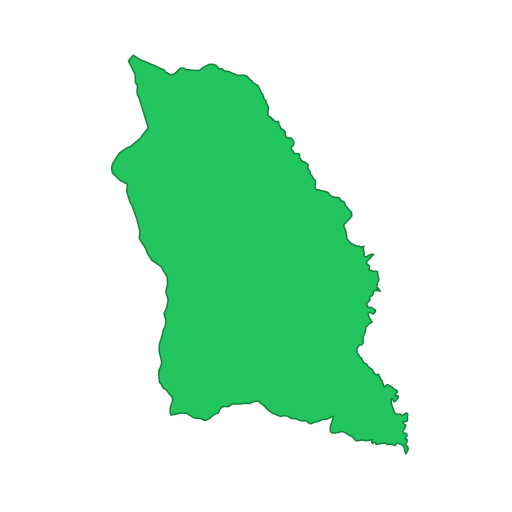 the district of Talmaciu, Sibiu, Romania, rotated 84°
{"feature_id": "2599482B75206169001308", "entity_name": "Talmaciu", "entity_type": "district", "adm_level": 2, "iso_a3": "ROU", "parent_name": "Romania", "parent_adm1": "Sibiu", "projection": "mercator", "projection_center": [23.935, 45.563], "detail": "fine", "context": "isolated", "style": "filled", "palette": "green", "viewbox_px": 512, "rotation_deg": 84, "n_neighbors": 0, "source": "geoboundaries", "source_scale": "gbopen_adm2", "svg_char_len": 6104}
<svg xmlns="http://www.w3.org/2000/svg" viewBox="0 0 512 512"><g transform="rotate(84 256 256)"><path d="M333.6,147.5L333.5,148.2L332.0,148.3L329.9,149.4L326.1,150.6L324.9,150.3L324.2,149.5L324.0,148.8L324.1,148.0L324.6,147.1L325.8,146.0L326.0,145.1L324.1,143.3L322.2,142.7L320.2,145.6L319.1,146.6L319.2,148.6L318.9,149.6L315.1,151.3L311.9,147.3L308.8,147.5L308.2,146.9L307.8,145.1L306.7,143.7L305.5,143.2L304.1,143.2L303.1,142.3L302.7,141.2L303.1,139.0L301.8,139.3L301.4,139.0L304.1,136.6L304.0,136.2L300.4,138.1L299.0,139.5L297.6,138.7L295.2,137.9L293.2,136.6L291.8,136.2L289.2,136.7L284.1,136.9L283.6,138.1L283.5,140.9L282.5,143.0L281.9,145.0L280.9,145.0L278.6,144.3L277.7,144.3L275.6,146.3L273.8,147.1L269.6,142.1L267.8,140.4L267.0,138.9L266.7,138.9L266.5,139.2L266.4,140.1L267.1,144.1L268.6,146.7L268.1,147.7L266.8,148.6L264.5,148.0L259.9,148.7L257.7,147.6L257.6,148.0L258.4,149.6L258.4,150.2L256.8,152.8L256.9,154.3L254.4,158.7L251.8,161.6L248.6,163.5L247.6,164.0L246.1,163.8L240.3,164.1L237.7,164.8L236.0,165.6L234.1,165.2L233.2,164.6L231.9,162.6L226.0,156.3L223.8,156.9L223.4,156.4L222.5,156.3L220.0,158.6L216.8,160.4L215.1,162.2L213.3,161.9L211.9,162.5L210.9,163.3L210.0,165.3L206.8,167.1L206.3,168.5L205.8,171.6L204.2,175.1L203.2,176.1L200.7,177.5L199.9,178.5L198.5,181.9L197.4,185.5L197.2,185.5L196.8,186.4L196.5,189.0L196.0,189.5L192.4,190.2L190.4,189.3L187.4,188.9L184.5,191.2L182.4,191.7L180.3,193.5L177.5,193.4L175.4,194.7L174.3,195.1L172.3,195.0L171.7,194.5L170.2,194.8L169.3,196.2L167.7,197.5L167.4,198.6L165.6,201.0L161.9,202.4L160.1,202.0L159.2,202.5L158.6,203.2L158.0,207.0L156.8,207.9L155.5,208.1L154.4,209.4L152.5,209.6L150.3,208.7L150.0,207.4L149.3,206.8L145.9,206.5L144.8,207.3L143.6,207.6L142.2,209.0L142.5,210.1L141.6,211.3L141.3,212.9L140.9,213.6L138.6,214.2L135.8,214.0L135.3,214.6L134.6,214.7L133.3,215.8L131.7,217.9L129.6,218.4L128.7,219.1L126.9,219.6L125.6,219.3L124.6,219.7L124.4,220.4L124.6,221.7L124.0,223.1L123.2,224.0L122.9,224.7L122.6,224.9L121.8,224.4L121.4,225.8L119.9,226.5L119.0,227.3L119.1,227.9L118.8,228.2L117.6,229.1L115.0,229.2L114.2,229.5L112.2,228.5L110.1,228.0L109.2,228.1L104.6,229.8L102.8,229.9L100.3,231.6L95.4,232.6L94.9,233.4L89.0,235.3L86.8,236.2L83.2,240.8L80.9,242.3L78.6,244.8L77.1,245.4L75.9,246.5L74.6,250.4L74.6,255.0L72.3,259.0L71.4,261.2L69.9,263.3L69.2,265.3L69.2,266.4L68.3,268.8L67.4,269.2L66.2,270.2L66.0,272.8L65.3,273.7L62.3,275.7L61.3,277.5L60.9,278.8L60.4,282.1L62.8,288.5L65.1,292.3L65.6,293.7L64.3,301.5L63.2,306.1L61.7,308.1L61.4,309.5L61.4,311.4L62.1,312.9L65.8,317.2L66.7,318.9L66.6,322.4L63.5,326.8L61.6,327.6L58.3,333.4L55.7,337.4L54.2,340.6L51.4,345.3L49.6,349.2L43.6,357.0L43.7,357.5L48.7,362.5L62.9,357.2L70.9,357.8L74.3,356.1L80.1,357.1L83.4,357.1L87.8,355.3L90.0,355.1L117.2,349.7L124.3,356.6L126.5,358.2L134.0,369.4L135.2,373.5L139.5,381.4L149.4,389.0L150.9,389.7L153.9,390.4L158.4,390.1L166.6,383.2L171.0,376.6L173.7,376.6L178.0,377.9L189.9,375.5L193.0,374.0L207.4,370.5L218.9,368.9L226.4,370.2L237.2,364.8L242.4,363.6L249.3,360.1L256.3,351.7L267.7,346.5L274.7,346.9L281.8,349.3L285.2,349.0L289.1,348.0L291.6,348.2L298.5,350.5L303.9,353.5L309.3,352.5L311.5,352.6L315.5,353.4L316.9,353.9L319.7,355.9L325.5,357.7L333.4,361.2L337.2,361.9L340.8,362.3L351.5,360.8L353.7,361.6L355.2,361.8L359.3,364.4L363.5,365.1L367.1,365.0L370.5,365.4L371.6,365.1L372.5,364.2L377.3,362.2L378.3,361.3L379.9,359.1L382.7,357.5L387.0,354.5L388.7,354.0L390.3,353.9L392.1,354.4L396.5,356.6L400.1,357.5L403.2,357.7L405.2,357.3L405.3,356.0L404.3,346.6L405.1,341.9L405.4,341.1L410.0,335.3L411.1,332.8L411.4,331.5L411.3,330.0L411.6,328.5L414.0,324.5L414.2,323.8L413.6,321.3L412.7,319.4L409.5,314.5L408.1,309.9L404.6,307.8L402.6,306.0L402.7,304.5L402.2,303.6L402.8,300.7L402.8,298.7L401.1,296.0L400.5,294.3L401.0,292.9L401.4,289.3L401.5,285.7L401.3,282.7L402.0,278.2L402.0,277.0L401.2,275.8L400.9,274.5L400.3,271.4L400.5,270.2L401.2,268.2L403.4,266.4L405.5,263.7L409.9,260.6L414.5,255.6L415.3,253.5L418.0,248.7L418.0,247.2L417.7,245.4L418.3,242.0L418.6,241.2L420.6,239.0L421.3,237.5L422.2,232.7L423.8,230.2L424.8,227.5L425.1,223.6L425.5,222.9L428.4,220.2L428.4,217.8L427.1,214.6L427.2,211.8L425.4,206.1L425.8,203.9L425.7,203.0L423.5,195.9L425.1,196.2L432.1,199.4L434.4,200.1L437.3,200.5L438.8,200.0L439.8,199.1L440.2,196.8L440.3,194.2L439.6,189.1L439.8,188.0L441.5,185.0L444.1,182.1L445.4,179.6L447.2,178.0L450.0,176.3L450.4,174.1L450.0,170.6L451.2,166.0L451.2,162.2L450.9,159.8L453.1,160.4L453.9,160.2L454.4,159.6L454.4,158.9L453.6,157.5L453.7,157.0L454.4,156.5L455.8,156.3L456.0,155.9L455.5,154.4L455.9,152.9L455.3,150.9L455.6,149.5L455.4,148.6L455.5,147.3L455.9,146.5L457.2,145.3L457.1,141.1L459.1,137.8L458.7,137.0L457.4,136.1L456.8,134.9L458.0,132.8L458.5,130.8L460.0,130.1L461.2,129.1L462.6,128.6L463.6,128.6L468.4,127.7L467.8,126.9L466.6,126.6L464.9,125.1L464.1,124.9L461.8,124.9L461.0,125.4L460.2,126.4L459.1,126.8L456.2,125.1L454.3,124.8L454.1,125.2L453.9,126.3L453.4,126.7L451.9,125.8L450.7,124.6L449.8,124.5L448.2,124.9L447.6,127.6L446.7,128.4L445.5,128.1L442.5,125.8L440.4,124.7L439.7,124.9L437.9,127.1L437.3,127.3L436.3,126.7L436.4,124.0L435.6,122.7L434.5,122.3L431.3,122.3L430.1,121.6L429.1,121.7L428.2,122.1L427.8,122.9L429.8,126.6L429.9,127.1L428.4,128.7L428.2,132.3L427.3,133.7L425.6,134.8L422.3,135.4L419.6,136.4L418.4,136.4L417.2,137.0L412.9,136.4L412.2,136.1L412.0,135.6L412.3,135.2L414.4,134.5L414.9,134.2L415.3,133.2L414.8,132.3L411.6,129.3L410.4,129.1L409.9,129.4L409.6,130.0L409.9,132.2L409.3,132.5L408.6,132.1L406.2,129.6L405.1,129.5L404.2,130.3L402.5,133.0L400.1,134.7L399.2,136.7L397.8,138.2L397.7,138.9L398.0,139.7L399.7,141.5L399.5,142.3L397.1,142.7L395.9,143.4L393.7,143.4L391.7,144.9L386.6,146.3L386.3,147.2L387.0,148.2L387.0,148.5L385.1,150.6L382.7,151.8L381.0,152.2L378.3,155.7L375.0,157.3L373.6,159.8L372.0,160.7L368.5,161.8L366.8,163.5L364.9,164.2L363.2,165.5L362.0,165.7L359.1,165.3L357.9,164.8L356.2,163.5L355.4,162.2L355.2,160.0L354.3,158.8L352.1,158.3L348.5,158.1L345.6,156.9L342.5,154.9L338.2,154.3L336.9,152.3L335.1,150.6L334.1,148.1L333.6,147.5Z" fill="#22c55e" stroke="#15803d" stroke-width="1.5"/></g></svg>